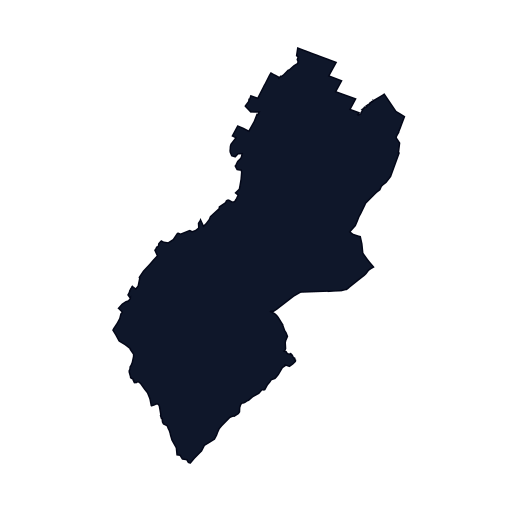 outline of Jaunlutriņu pag., Saldus, Latvia, rotated 127°
{"feature_id": "27541924B81065833058095", "entity_name": "Jaunlutriņu pag.", "entity_type": "district", "adm_level": 2, "iso_a3": "LVA", "parent_name": "Latvia", "parent_adm1": "Saldus", "projection": "robinson", "projection_center": [22.356, 56.804], "detail": "fine", "context": "isolated", "style": "filled", "palette": "ink", "viewbox_px": 512, "rotation_deg": 127, "n_neighbors": 0, "source": "geoboundaries", "source_scale": "gbopen_adm2", "svg_char_len": 5765}
<svg xmlns="http://www.w3.org/2000/svg" viewBox="0 0 512 512"><g transform="rotate(127 256 256)"><path d="M232.3,167.0L229.1,164.5L228.3,163.6L225.7,162.9L225.6,163.0L213.9,160.0L206.0,157.9L203.9,157.6L199.7,157.6L196.9,156.7L194.1,155.5L192.7,161.7L191.9,164.8L189.8,171.5L189.3,172.7L189.1,172.8L182.7,178.7L177.8,184.4L178.6,186.3L180.4,191.6L180.3,195.7L172.0,195.0L167.1,196.2L162.6,197.5L159.0,198.0L149.4,199.9L148.0,200.3L143.5,199.7L134.8,198.5L132.4,198.1L128.6,197.0L124.3,198.0L123.9,197.7L123.8,197.8L118.9,196.5L111.5,196.4L87.7,203.7L87.9,204.4L79.4,209.3L77.4,214.9L76.5,215.8L76.2,215.8L73.9,216.2L71.3,216.5L70.6,216.9L67.8,217.7L67.6,217.7L64.0,218.8L55.4,221.3L55.9,227.0L56.4,231.2L49.6,251.0L51.5,251.6L61.3,255.7L61.3,255.8L61.5,255.6L62.0,255.9L62.8,255.8L63.1,256.5L63.7,256.5L64.0,256.7L64.4,256.6L64.6,256.6L64.9,257.1L65.7,256.8L65.8,257.0L66.0,257.1L66.6,256.6L66.9,256.5L67.1,256.6L67.2,257.1L67.4,257.4L68.0,257.7L68.8,257.8L69.0,258.0L69.6,258.2L69.6,257.8L69.6,257.6L70.0,257.3L71.0,257.6L71.2,257.9L71.1,258.0L71.6,258.5L71.8,258.9L72.0,258.9L72.8,258.6L73.3,259.0L73.8,258.9L74.0,259.0L74.8,259.3L74.6,258.8L74.8,258.7L75.6,259.0L76.4,258.3L76.9,258.4L77.2,258.2L77.5,258.3L77.8,258.4L78.2,258.4L78.6,258.0L79.3,257.8L79.7,257.9L80.4,258.5L80.6,258.9L81.7,258.7L81.9,258.8L82.0,259.9L79.6,260.0L82.4,269.2L70.6,271.0L76.9,291.3L64.6,293.1L68.4,306.3L53.2,308.5L61.0,334.7L64.8,347.8L71.6,344.1L71.6,342.1L74.4,341.2L75.0,339.8L77.0,338.5L78.1,338.9L81.1,340.1L83.0,340.5L87.2,341.3L88.3,342.1L94.8,342.9L97.7,343.9L97.6,344.4L100.2,344.9L99.6,345.8L100.1,349.3L100.5,351.0L100.9,354.2L103.6,353.9L113.0,352.2L114.9,352.0L116.9,351.6L129.0,349.5L131.2,356.5L134.4,355.4L135.0,355.9L136.9,354.8L142.6,354.8L142.8,354.7L143.6,349.7L144.1,346.9L139.0,340.0L142.1,339.6L142.3,340.4L149.7,338.3L160.7,336.8L160.9,338.0L161.7,342.9L163.2,348.8L174.3,347.1L173.6,343.3L173.7,343.1L181.8,343.2L183.4,342.6L184.2,342.2L185.5,341.3L187.6,340.0L188.6,339.0L190.5,335.7L189.3,332.3L185.2,331.9L182.5,328.6L185.8,327.2L187.3,326.9L191.4,327.5L193.6,327.1L195.7,326.6L196.6,326.7L197.4,325.1L198.3,323.1L197.4,321.3L196.3,319.6L197.5,318.0L203.6,314.1L209.4,311.1L212.7,309.5L217.9,310.3L218.0,308.0L218.1,307.5L218.1,306.7L220.5,306.4L221.1,306.2L223.2,305.8L223.3,306.0L225.5,305.7L226.3,306.4L226.9,307.0L227.2,307.4L227.4,308.1L227.7,310.7L227.9,311.5L228.2,312.0L229.0,312.5L229.8,312.8L231.5,312.4L232.5,312.6L238.8,314.8L241.0,313.5L241.8,313.7L241.6,314.1L251.9,316.0L252.1,316.0L254.9,315.2L260.0,315.2L263.9,315.8L260.6,322.0L261.2,321.8L264.3,321.6L264.6,321.5L267.3,319.2L268.1,318.7L268.4,318.6L268.8,318.7L271.9,319.5L274.9,321.4L275.2,322.4L275.5,324.1L275.8,324.4L283.9,329.3L284.1,329.8L284.7,331.9L285.1,332.2L285.5,332.3L292.7,331.9L298.4,334.0L300.6,338.1L301.0,340.2L301.1,340.4L301.0,340.5L301.5,340.8L304.6,341.0L304.9,340.9L306.3,340.1L307.1,339.9L307.5,339.9L308.4,340.5L308.8,340.6L310.4,340.2L311.8,340.1L312.2,340.2L315.2,334.7L316.5,334.9L321.2,335.4L326.4,335.7L335.8,336.7L343.3,336.3L343.8,335.4L350.9,332.0L353.9,332.1L354.8,332.2L354.8,336.0L354.7,336.5L355.7,336.5L355.9,336.3L357.1,336.2L357.4,336.3L358.7,336.0L359.7,335.9L360.0,335.8L360.1,335.6L361.9,335.1L364.1,334.8L365.2,331.3L364.8,331.3L365.7,330.7L366.8,330.7L369.0,330.9L368.9,331.0L370.7,332.3L374.9,333.8L380.5,334.3L380.5,333.9L380.8,331.8L381.1,329.6L381.5,328.8L383.5,329.0L387.9,327.1L393.1,326.3L399.6,325.9L401.3,325.6L403.2,320.7L404.8,317.2L406.1,314.4L406.2,313.9L405.5,307.3L405.6,300.6L406.2,300.3L408.1,294.6L410.1,293.2L415.5,290.7L418.5,289.9L420.2,289.8L422.5,288.4L423.7,288.3L424.3,287.8L424.8,287.6L428.3,283.0L428.5,283.0L428.7,282.3L428.3,280.2L429.1,279.3L429.3,278.8L429.2,278.5L429.4,278.2L429.8,278.0L430.3,276.9L430.2,276.7L429.8,276.7L429.4,275.6L427.2,274.6L427.2,271.5L429.3,264.9L430.5,260.3L433.5,255.3L434.4,254.1L438.5,249.6L438.5,249.3L437.8,248.8L435.9,247.5L434.6,246.9L433.4,245.7L433.3,245.4L433.4,244.1L433.9,243.0L436.4,240.3L440.0,236.5L440.8,236.3L442.6,233.8L442.1,233.1L443.0,232.5L444.8,230.8L445.7,229.0L445.7,228.3L445.6,227.8L445.5,227.6L445.0,224.8L446.1,222.9L446.5,222.4L447.7,219.9L448.0,219.6L449.1,218.0L450.0,217.0L450.9,215.9L453.6,212.2L457.1,204.2L462.3,199.4L460.8,196.7L462.4,192.6L460.3,188.7L461.5,185.9L461.5,185.7L461.4,185.3L460.9,183.9L454.7,183.6L447.1,182.6L444.5,182.2L438.3,183.3L427.3,179.0L422.9,179.7L420.0,180.6L416.0,181.5L412.1,181.3L400.7,179.8L398.4,178.5L398.1,178.2L397.6,178.0L397.1,177.0L392.5,175.3L390.4,175.4L386.9,177.8L384.6,178.6L383.3,178.9L381.6,178.5L380.8,177.5L379.5,176.8L377.1,176.0L375.7,175.1L370.4,174.0L363.8,171.1L360.0,170.9L359.3,170.8L359.1,170.7L358.2,169.1L357.4,168.6L352.1,169.4L348.3,169.2L345.9,169.4L345.2,169.1L342.4,167.2L340.5,167.0L337.3,166.9L329.3,167.8L326.9,167.0L326.2,167.1L326.4,166.9L326.1,166.7L325.5,166.8L325.0,166.0L324.0,162.9L320.1,161.7L316.9,161.2L316.9,161.3L316.0,161.4L315.4,161.8L315.4,162.2L315.6,162.7L315.5,163.0L315.2,163.1L314.8,163.2L314.5,163.4L314.3,163.7L314.3,163.9L314.6,164.3L314.7,164.7L314.5,165.5L314.0,166.2L313.6,167.1L313.7,167.3L313.7,167.5L313.4,167.6L313.5,168.0L313.4,168.5L313.7,168.9L313.5,169.1L313.1,169.2L313.0,169.4L313.1,169.7L313.3,169.9L313.8,169.8L314.1,170.0L314.5,170.3L314.7,171.0L315.1,172.3L314.4,174.1L314.3,174.5L315.0,175.9L315.1,176.3L314.6,176.2L313.0,176.4L312.1,176.7L307.5,180.6L305.2,181.6L304.9,181.6L301.3,182.5L299.3,185.7L298.3,188.4L298.1,188.6L295.1,193.2L294.9,193.2L291.7,201.4L291.1,203.7L290.9,205.5L290.9,206.7L291.1,207.7L291.7,210.9L291.0,210.8L290.8,210.5L289.8,208.8L285.5,207.3L281.6,206.3L280.3,205.9L265.3,201.8L258.7,199.0L257.9,198.6L240.7,177.4L240.8,177.1L236.8,172.5L232.3,167.0Z" fill="#0f172a" stroke="#020617" stroke-width="1.5"/></g></svg>